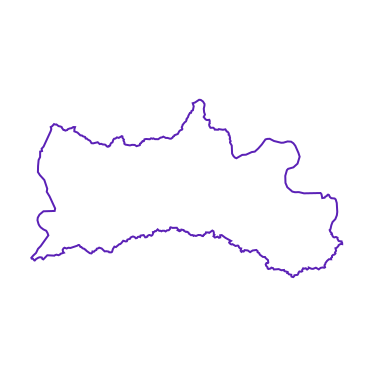 Chong-Alay, Osh, Kyrgyzstan, rotated 189°
{"feature_id": "92254566B65536554507768", "entity_name": "Chong-Alay", "entity_type": "district", "adm_level": 2, "iso_a3": "KGZ", "parent_name": "Kyrgyzstan", "parent_adm1": "Osh", "projection": "robinson", "projection_center": [72.267, 39.516], "detail": "fine", "context": "isolated", "style": "outline", "palette": "violet", "viewbox_px": 384, "rotation_deg": 189, "n_neighbors": 0, "source": "geoboundaries", "source_scale": "gbopen_adm2", "svg_char_len": 6042}
<svg xmlns="http://www.w3.org/2000/svg" viewBox="0 0 384 384"><g transform="rotate(189 192 192)"><path d="M44.1,147.3L44.4,148.0L44.2,148.8L43.5,149.4L43.7,150.8L42.8,152.0L41.5,152.5L40.7,153.7L41.3,154.6L40.5,156.5L41.5,158.9L40.6,159.3L40.0,160.0L39.0,161.5L38.9,162.4L37.9,163.3L36.7,164.0L35.5,164.0L35.7,165.1L35.9,165.6L36.5,165.8L36.6,166.6L39.0,166.5L39.6,166.7L41.0,168.5L41.1,169.6L42.8,170.1L44.4,169.4L45.3,169.6L46.6,170.9L47.0,172.0L47.8,172.3L47.5,173.1L49.4,174.6L49.5,175.4L50.1,176.0L49.4,177.1L49.2,180.9L48.5,184.3L46.2,187.6L45.3,191.6L45.4,195.0L47.3,203.8L48.9,207.1L50.1,207.9L53.5,207.7L55.1,208.7L56.2,210.4L57.1,210.7L57.6,210.5L58.4,209.0L59.6,208.3L60.1,207.1L62.4,206.4L63.8,210.1L64.9,211.1L81.2,208.2L86.3,208.6L90.4,207.9L93.0,208.1L98.6,211.6L101.1,215.6L102.4,222.5L101.7,228.4L100.7,229.9L95.7,232.2L92.2,236.5L91.2,243.7L93.0,247.3L97.2,253.8L99.5,256.0L102.0,257.2L105.5,256.9L109.5,255.0L111.7,254.6L119.0,255.2L123.5,256.7L126.0,256.2L127.7,255.4L130.5,249.8L133.4,245.3L136.3,241.7L139.2,240.8L144.5,237.3L148.2,236.5L153.4,232.3L155.0,232.7L156.7,234.0L158.4,236.2L160.0,244.1L162.2,246.8L162.3,247.4L161.8,248.3L163.1,250.3L162.8,251.2L163.9,253.8L164.8,254.3L164.7,255.2L165.1,256.0L166.4,257.2L167.2,257.2L168.8,259.1L171.2,258.3L175.4,258.3L175.9,257.6L179.3,257.2L179.7,258.0L181.1,258.8L183.8,258.3L185.2,260.0L185.6,261.2L185.6,261.8L185.2,262.7L185.5,263.2L185.6,264.9L186.2,266.0L188.5,265.4L189.9,265.8L192.2,267.9L191.3,270.5L192.5,272.7L193.4,276.1L193.2,279.3L193.4,280.9L195.3,283.1L197.7,284.3L199.4,284.2L203.1,280.8L205.2,279.8L203.7,276.9L203.9,272.9L205.2,271.9L205.3,270.1L206.4,269.8L207.5,266.8L207.6,265.5L208.9,263.0L208.6,262.6L209.0,260.8L210.1,259.7L211.8,256.8L211.7,256.2L212.3,254.4L211.4,252.8L211.5,252.2L213.3,251.0L214.1,250.0L215.1,247.1L218.2,245.3L218.4,244.4L219.4,243.7L219.7,242.7L220.9,241.5L222.0,241.2L224.7,241.6L226.3,241.3L229.0,242.2L230.3,241.2L231.6,240.8L233.6,238.9L236.8,238.4L238.5,238.9L239.4,238.4L240.2,238.6L241.0,238.5L241.9,237.5L245.6,237.2L247.2,236.6L247.5,234.8L248.6,234.6L248.5,234.2L249.7,233.2L250.0,232.2L250.9,231.6L250.9,230.1L253.9,228.6L255.9,229.5L258.6,229.2L260.6,228.3L265.2,228.4L266.4,229.1L266.5,230.4L267.7,232.0L267.4,233.0L269.1,234.6L269.4,236.0L270.1,236.2L272.8,234.0L274.7,234.2L276.0,232.8L277.3,232.4L277.9,231.3L278.3,228.6L279.6,227.6L280.2,225.9L280.1,225.3L280.5,224.7L280.8,224.3L281.6,224.4L281.9,224.1L281.7,223.8L282.1,223.5L283.4,223.8L284.6,224.9L285.4,225.2L287.6,225.0L289.2,225.4L290.7,224.9L292.9,226.4L297.2,224.6L298.9,224.5L300.6,226.6L303.3,227.6L304.4,228.4L305.4,228.2L306.2,229.6L308.6,230.0L309.5,230.6L311.1,230.5L314.4,232.8L317.7,233.5L318.0,235.8L317.7,237.8L319.4,237.6L321.0,236.2L322.8,235.6L324.6,234.5L324.9,233.7L326.8,232.8L327.7,233.3L328.7,233.2L330.6,235.1L330.7,235.6L331.9,236.1L334.1,236.2L336.4,237.5L337.8,237.2L338.9,237.5L340.5,235.0L341.7,234.1L340.8,232.2L341.1,229.9L345.7,213.6L347.3,211.2L346.5,209.0L348.3,208.2L347.5,202.7L348.5,199.6L348.1,193.6L347.3,187.6L344.9,184.9L339.7,180.7L335.5,172.6L335.5,169.5L332.0,165.4L324.6,154.3L324.7,151.8L335.7,149.7L339.1,145.8L340.3,142.5L340.2,139.9L338.6,136.4L337.6,135.0L335.9,133.4L332.9,131.8L329.9,130.9L328.3,128.9L327.1,126.7L333.0,114.9L335.2,111.8L336.5,107.4L338.8,104.5L340.4,101.9L339.9,101.1L338.7,101.2L336.9,99.7L336.5,99.8L335.5,101.4L333.3,103.2L332.0,103.8L330.1,103.8L329.2,102.4L328.3,102.2L325.0,106.9L318.0,107.6L317.3,108.3L316.0,108.9L313.9,108.7L312.4,109.8L312.2,110.4L309.0,112.0L310.1,113.0L310.7,114.6L310.1,116.2L309.2,117.0L307.0,116.6L305.4,117.6L303.3,117.7L297.1,120.9L295.9,121.9L295.0,121.9L293.6,120.3L292.7,120.4L291.3,119.3L289.7,119.1L289.0,118.5L288.3,118.5L287.2,117.5L283.4,115.6L281.7,115.6L281.1,116.5L281.0,117.7L279.6,117.6L278.8,118.8L277.4,119.8L277.2,121.1L275.5,121.9L275.0,122.5L272.4,122.1L269.0,119.7L267.4,120.1L265.0,120.1L264.4,119.5L262.5,119.7L261.6,120.4L261.2,123.3L260.1,125.9L258.5,125.7L255.6,129.1L254.8,129.3L253.9,130.3L252.3,133.1L249.6,132.8L248.6,133.2L248.4,134.8L245.8,136.2L245.6,137.4L243.7,138.7L242.7,138.8L241.4,138.4L240.3,137.5L239.2,137.9L238.4,139.2L237.2,139.6L236.2,139.4L236.0,140.9L233.0,141.9L231.1,139.9L230.0,140.2L229.2,140.8L229.1,141.7L227.6,142.8L226.9,142.9L225.4,142.4L224.5,143.1L223.9,145.0L224.3,146.3L222.9,146.8L222.4,147.6L221.5,147.7L220.1,149.7L218.3,148.5L216.9,148.8L216.1,148.4L215.1,149.1L213.3,149.4L211.9,148.9L210.7,150.2L209.0,150.6L208.0,152.0L208.0,153.5L207.6,153.8L205.6,153.5L201.4,154.3L200.1,153.0L198.9,152.5L199.8,151.9L198.3,151.3L197.2,151.9L196.7,153.2L194.3,153.1L194.0,152.5L191.6,151.6L190.9,152.0L189.1,151.4L188.7,150.5L186.2,149.2L184.5,149.6L183.7,148.9L182.9,149.4L181.2,149.2L179.1,150.5L176.9,150.8L174.9,150.1L174.2,150.2L174.0,151.0L173.5,151.3L173.6,151.7L172.0,153.1L171.9,154.3L169.4,154.6L168.7,154.3L165.9,157.1L164.7,156.6L164.0,155.1L163.9,153.7L163.1,153.2L163.9,151.7L162.2,150.6L159.7,151.9L158.2,151.0L157.0,151.6L157.4,153.7L155.9,154.1L151.7,151.9L145.8,149.8L147.2,148.5L147.4,147.8L145.8,146.6L144.6,146.4L143.8,146.8L140.6,145.5L138.3,146.3L137.5,145.8L136.9,144.7L135.8,143.9L134.6,143.9L134.8,141.6L133.8,140.6L132.7,141.6L132.0,141.2L131.5,141.4L131.0,142.8L127.8,143.0L125.2,141.7L123.0,143.7L119.4,144.8L117.9,143.8L117.8,142.8L116.0,142.1L115.3,140.8L111.9,139.0L109.7,139.2L109.1,138.4L106.3,136.6L105.6,134.2L106.0,133.6L107.3,133.5L107.9,132.1L107.3,130.8L105.6,129.4L105.3,128.3L104.5,127.9L102.4,128.7L101.8,129.7L100.1,129.5L99.0,128.3L94.3,129.4L91.5,128.7L88.9,129.4L88.3,128.3L85.1,128.0L85.2,126.8L84.2,126.8L83.5,125.9L81.0,125.8L80.6,124.1L80.0,123.9L78.7,123.8L78.0,124.7L77.8,125.8L74.8,126.7L74.1,128.3L74.2,129.1L73.5,130.3L71.6,130.4L70.7,131.0L71.0,132.2L70.3,133.9L69.9,133.6L67.7,134.5L66.6,133.5L66.0,133.5L64.7,135.1L64.8,135.6L62.1,134.9L60.5,135.0L57.8,136.6L54.7,135.4L53.1,137.2L50.8,138.0L49.7,137.8L48.8,138.4L49.7,140.4L49.1,141.6L49.1,142.6L47.9,145.0L46.3,147.0L44.1,147.3Z" fill="none" stroke="#5b21b6" stroke-width="2"/></g></svg>